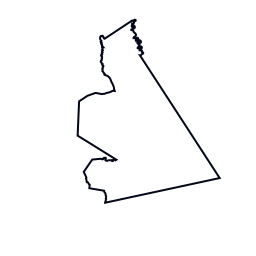 North Fly District, Western, Papua New Guinea (Robinson projection), rotated 147°
{"feature_id": "67681753B60857978351937", "entity_name": "North Fly District", "entity_type": "district", "adm_level": 2, "iso_a3": "PNG", "parent_name": "Papua New Guinea", "parent_adm1": "Western", "projection": "robinson", "projection_center": [141.24, -5.829], "detail": "fine", "context": "isolated", "style": "outline", "palette": "ink", "viewbox_px": 256, "rotation_deg": 147, "n_neighbors": 0, "source": "geoboundaries", "source_scale": "gbopen_adm2", "svg_char_len": 5492}
<svg xmlns="http://www.w3.org/2000/svg" viewBox="0 0 256 256"><g transform="rotate(147 128 128)"><path d="M187.9,77.8L78.4,36.1L78.4,182.3L78.3,182.2L77.8,181.9L77.5,181.9L77.1,182.1L76.5,182.4L76.3,182.5L76.1,182.5L75.7,182.3L75.2,182.2L74.7,182.3L74.4,182.5L74.3,183.1L74.4,183.4L74.7,183.9L74.9,184.1L75.0,184.3L74.9,184.5L74.4,184.9L74.2,185.1L74.2,185.4L74.5,185.9L74.8,186.3L75.1,186.5L75.4,186.6L75.7,186.6L76.0,186.8L75.9,187.0L75.7,187.2L75.5,187.3L75.3,187.4L75.0,187.7L74.7,187.8L74.4,187.8L73.6,187.5L73.3,187.5L73.0,187.5L72.8,187.6L72.6,187.8L72.4,188.6L72.5,188.9L72.5,189.1L72.7,189.4L72.9,189.6L73.1,189.7L73.5,189.7L73.8,189.6L74.1,189.4L74.3,189.3L74.8,189.2L75.9,189.2L76.2,189.3L76.3,189.6L76.4,189.9L76.3,190.0L76.1,190.1L75.9,190.2L75.6,190.2L74.7,190.5L74.4,190.7L74.1,191.0L73.6,191.6L73.4,191.7L72.9,191.7L72.7,191.8L72.6,192.1L72.6,192.4L72.7,192.6L72.8,192.7L72.9,192.8L73.4,192.8L73.6,192.9L73.8,193.2L73.9,193.5L73.9,193.8L73.8,194.2L73.7,194.4L73.5,194.6L73.3,194.7L73.0,194.7L72.7,194.5L72.5,194.4L72.2,194.0L71.8,193.2L71.6,193.0L71.4,192.8L71.2,192.7L70.9,192.7L70.7,192.7L70.5,192.9L70.2,193.2L70.1,193.5L70.0,194.0L69.9,194.3L70.0,194.6L70.1,194.9L70.2,195.0L70.4,195.2L71.1,195.4L71.8,195.6L72.0,195.8L72.1,196.0L72.0,196.3L71.8,196.6L71.6,196.7L71.2,196.9L70.9,197.1L70.7,197.5L70.7,198.2L71.2,198.7L71.4,198.8L71.6,198.8L72.2,198.8L72.7,198.6L73.0,198.3L73.4,197.6L73.6,196.9L73.8,196.8L73.8,197.1L73.1,198.2L73.0,198.4L72.9,198.8L73.0,199.3L73.1,199.6L73.3,199.7L73.5,199.9L74.1,200.1L74.3,200.2L74.4,200.3L74.2,200.6L73.9,200.7L73.6,200.9L73.4,201.0L71.6,201.0L71.2,201.1L70.9,201.4L70.7,201.5L70.5,202.1L70.3,202.9L70.3,203.3L70.8,204.5L70.9,205.1L70.9,205.5L70.7,205.9L70.7,206.1L70.7,206.5L70.7,207.0L70.7,207.4L70.7,207.5L70.9,207.8L71.0,207.8L71.7,208.1L71.8,208.2L71.9,208.3L71.9,208.5L71.7,208.7L71.4,208.8L70.9,208.6L70.3,208.3L70.0,208.3L69.8,208.3L69.2,208.4L68.7,208.3L68.1,208.4L67.9,208.4L67.5,208.7L67.3,208.9L67.1,209.2L67.1,209.3L67.1,209.9L67.2,210.1L67.3,210.2L67.6,210.3L67.9,210.2L68.3,209.9L68.6,209.7L68.9,209.6L69.1,209.6L69.4,209.9L69.4,210.0L69.5,210.5L69.5,211.1L69.3,211.5L69.2,211.7L68.7,212.1L68.2,212.5L67.9,212.9L67.9,213.3L67.7,213.5L67.6,213.4L67.5,213.2L67.6,212.8L67.5,212.6L67.3,212.3L67.1,212.2L66.9,212.2L66.6,212.3L66.4,212.4L65.8,213.1L64.8,213.7L64.5,213.9L64.1,213.9L63.3,213.8L63.0,213.9L62.8,214.2L62.8,214.3L63.0,214.8L63.2,215.0L63.3,215.1L63.6,215.2L63.8,215.2L64.1,215.2L64.5,215.1L64.9,215.1L65.3,215.0L65.5,215.0L65.8,215.3L65.9,215.5L66.0,215.9L99.0,215.6L99.4,216.3L99.0,217.4L99.0,217.6L99.2,217.8L99.3,218.0L99.2,218.2L99.0,218.7L99.1,218.9L99.1,219.1L99.8,219.2L100.0,219.3L100.0,219.6L100.3,219.7L100.5,219.7L100.7,219.8L101.0,219.9L101.4,219.7L101.7,219.5L102.1,219.1L102.5,218.4L102.8,217.9L103.0,217.6L102.9,216.7L103.0,216.4L103.1,216.2L103.0,215.8L102.9,215.6L103.5,215.1L103.5,214.6L104.0,214.8L104.0,214.5L104.4,213.8L104.2,213.7L104.2,213.1L104.1,212.8L104.2,212.4L104.8,212.2L104.9,211.8L105.0,211.4L104.8,211.2L105.0,210.9L105.2,210.7L104.9,210.5L104.8,209.7L105.1,210.0L105.3,209.9L105.8,209.7L105.9,209.3L106.1,208.6L105.9,208.5L106.1,208.2L106.6,208.1L107.2,207.7L106.8,207.2L106.9,206.7L107.2,206.7L108.4,206.0L108.3,205.4L108.8,205.4L108.9,205.0L109.1,204.7L109.1,204.4L109.3,204.0L109.7,203.9L110.2,204.1L110.3,203.9L110.4,203.5L110.9,203.5L111.2,203.3L111.1,203.1L110.8,202.9L110.8,202.3L111.0,201.9L111.1,201.5L111.4,201.2L111.9,201.0L112.2,200.8L112.3,200.5L112.1,200.3L112.4,199.9L112.7,199.8L112.9,199.6L113.1,199.3L113.4,199.5L113.4,199.9L113.6,199.5L113.9,199.2L114.2,198.8L114.6,198.6L114.8,198.4L114.8,198.2L114.6,197.5L114.7,197.3L114.7,196.9L114.6,196.7L114.6,196.4L115.0,195.9L115.0,195.6L114.6,195.3L115.0,194.9L114.9,194.7L115.1,194.4L115.3,194.2L114.9,193.6L115.2,193.4L115.2,193.1L115.4,192.8L115.7,192.8L116.1,192.6L116.3,192.2L116.6,192.0L117.0,192.0L117.2,191.8L117.4,191.4L117.3,191.0L117.6,190.8L118.0,190.4L118.1,189.9L118.5,189.5L118.3,189.1L118.3,188.1L118.3,187.1L118.1,186.7L118.1,186.4L118.1,186.1L118.5,186.1L118.7,185.8L118.3,185.4L118.3,185.2L118.4,184.9L118.1,184.7L117.7,184.0L117.2,183.5L116.5,182.0L116.2,180.7L116.1,179.8L116.1,178.8L116.3,178.0L116.8,175.5L116.9,174.2L116.9,173.6L117.2,172.3L117.3,171.2L117.7,169.8L118.5,168.2L119.0,166.3L119.7,166.9L120.2,167.3L120.8,167.6L121.3,167.6L123.1,167.8L124.1,168.0L124.8,168.3L126.1,168.7L126.7,169.0L127.4,169.2L128.9,169.4L129.7,169.9L130.3,170.2L130.8,170.4L131.4,170.6L136.1,175.1L144.5,177.1L154.5,177.0L174.4,149.0L155.0,107.7L155.7,107.7L156.1,107.6L156.4,108.3L157.1,109.1L157.8,109.3L158.5,108.6L158.9,108.6L159.4,109.2L159.2,109.6L159.0,109.8L160.1,110.4L161.7,111.4L162.5,111.7L163.2,111.7L163.9,112.4L164.4,112.8L164.5,113.3L164.2,113.7L164.0,114.4L163.4,114.3L163.1,114.7L163.0,115.2L163.4,115.4L163.9,115.8L165.0,116.1L165.4,116.0L165.9,115.5L166.4,115.6L166.9,116.0L167.4,116.7L167.9,117.2L175.2,121.0L189.0,115.3L189.9,109.0L190.8,108.5L191.0,107.2L191.4,106.6L191.9,105.6L192.0,105.0L191.6,104.8L191.3,104.3L191.2,103.7L191.4,102.6L191.3,101.9L191.0,101.4L193.2,98.5L182.4,88.6L182.2,88.4L182.4,88.0L182.6,87.5L182.7,87.3L182.7,86.6L182.6,86.3L182.6,85.7L182.7,85.1L182.8,84.8L182.8,84.7L182.9,84.4L183.3,84.0L183.4,83.8L183.5,83.3L183.5,82.8L183.6,82.5L183.7,82.3L184.1,81.9L184.3,81.6L184.8,81.2L185.0,81.0L185.0,80.8L185.1,80.5L185.1,80.2L185.7,79.8L185.8,79.6L186.0,79.5L186.4,79.0L187.0,78.6L187.6,78.2L187.9,77.8Z" fill="none" stroke="#020617" stroke-width="2"/></g></svg>